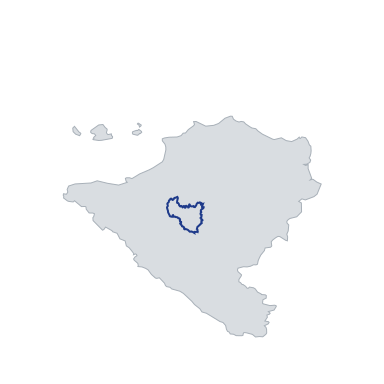 where Guadalajara sits in Spain, rotated 210°
{"feature_id": "ESP-5822", "entity_name": "Guadalajara", "entity_type": "Autonomous Community", "adm_level": 1, "iso_a3": "ESP", "parent_name": "Spain", "parent_adm1": "", "projection": "albers", "projection_center": [-2.665, 40.739], "detail": "fine", "context": "in_parent", "style": "outline", "palette": "blue", "viewbox_px": 384, "rotation_deg": 210, "n_neighbors": 0, "source": "natural_earth", "source_scale": "10m", "svg_char_len": 7919}
<svg xmlns="http://www.w3.org/2000/svg" viewBox="0 0 384 384"><g transform="rotate(210 192 192)"><path d="M201.6,100.4L201.7,101.3L203.2,103.1L207.9,104.0L209.1,104.8L208.9,107.2L207.8,109.3L208.9,110.2L210.0,110.1L211.3,108.4L211.6,109.5L213.8,110.5L218.5,112.3L221.9,112.5L225.4,116.2L231.0,115.4L236.2,118.8L240.9,117.9L242.0,118.5L249.3,118.4L249.6,115.4L250.4,114.2L263.4,117.8L265.0,120.2L264.8,121.5L265.6,124.4L267.3,124.2L270.6,122.4L275.0,124.2L276.3,126.0L277.2,126.1L280.4,124.1L289.4,125.7L289.7,124.3L290.3,123.8L293.9,122.3L295.4,122.0L300.2,122.6L300.9,124.2L301.9,124.8L302.4,126.2L299.6,127.3L299.5,129.8L301.4,131.8L301.8,135.5L297.3,140.5L284.0,149.3L279.7,154.3L269.5,157.3L259.0,161.3L252.9,168.0L254.5,168.4L256.5,170.5L255.9,171.5L253.2,173.1L250.7,173.6L246.3,181.6L240.0,190.0L237.7,193.7L232.8,203.3L232.8,206.1L235.7,215.4L237.2,217.9L239.3,219.9L243.3,221.5L244.3,223.2L243.0,224.9L239.2,228.0L232.4,232.2L229.6,235.4L229.1,238.5L227.1,239.9L226.4,244.2L223.8,250.1L223.6,251.7L225.8,253.8L223.7,255.1L213.0,255.9L206.5,260.6L203.2,264.7L200.3,272.4L196.6,276.9L195.0,277.7L192.5,275.8L189.3,275.5L186.3,276.1L184.7,277.7L182.2,278.6L179.7,277.8L174.4,277.4L172.1,277.4L168.4,278.7L165.2,277.8L159.9,277.3L148.4,278.1L146.9,278.6L141.7,283.6L136.1,283.6L130.9,285.5L127.4,290.4L126.6,293.1L125.7,292.4L124.9,292.6L124.4,294.6L120.8,295.8L117.0,294.0L113.8,291.4L112.0,291.1L109.4,287.2L108.3,284.7L107.6,282.0L107.6,280.1L105.2,279.0L104.7,276.5L106.6,273.4L109.0,271.8L106.8,271.8L105.1,273.8L103.2,270.4L95.2,263.7L95.7,261.5L94.2,263.1L93.3,263.5L89.0,263.0L84.1,263.5L82.6,252.6L84.1,248.9L89.9,241.8L93.4,241.0L94.9,237.2L91.8,237.2L87.2,229.6L88.9,222.9L94.0,218.0L94.9,216.0L95.2,214.1L94.3,212.7L91.7,211.8L89.2,206.3L88.8,202.9L86.7,200.9L85.0,197.4L86.7,197.0L93.6,197.3L95.3,196.6L96.6,194.4L98.1,190.8L98.5,188.5L96.0,185.2L96.0,184.5L96.4,183.4L100.7,180.1L100.0,177.4L100.9,171.8L100.7,168.5L100.4,165.8L99.2,162.2L100.1,160.9L102.3,159.8L104.2,157.0L106.8,154.7L110.1,153.0L114.1,149.0L113.6,147.1L112.3,146.0L107.7,145.0L107.4,144.1L107.6,139.6L106.5,137.7L104.8,137.8L102.3,136.9L101.6,137.4L98.4,137.1L96.1,136.2L95.1,136.8L94.7,138.4L90.8,139.8L88.7,139.7L85.2,138.1L81.1,138.3L80.6,137.9L77.1,139.6L75.9,139.5L74.7,137.2L76.7,134.1L75.3,130.9L74.2,130.8L67.7,132.6L63.8,135.3L62.3,135.6L61.8,135.0L61.9,130.8L66.1,126.6L63.7,126.1L63.9,124.8L65.6,122.9L64.1,121.2L64.4,116.7L60.9,117.9L60.0,117.6L60.1,115.8L62.5,112.3L60.3,111.8L58.7,110.3L56.8,107.2L56.9,105.6L58.3,102.0L61.4,100.5L64.5,98.2L68.5,98.9L74.7,97.2L76.8,96.2L76.8,94.7L76.2,93.5L76.9,92.5L81.9,89.7L84.9,89.6L87.9,88.2L89.9,89.3L91.6,89.1L93.6,90.4L96.1,93.2L99.9,94.5L103.0,93.8L118.9,94.2L123.4,93.1L126.8,94.8L133.6,95.8L137.6,97.3L148.8,99.9L152.9,100.0L161.1,97.9L163.3,98.5L166.6,97.4L168.2,97.7L170.2,99.3L177.4,101.4L179.3,99.6L180.7,99.2L185.9,100.3L191.1,102.6L193.9,102.7L197.8,102.1L201.6,100.4ZM303.6,192.8L305.6,193.6L307.6,192.7L308.7,192.8L309.8,193.2L310.2,194.9L306.3,203.4L302.9,205.9L299.3,204.4L297.2,204.1L296.5,203.4L295.9,200.8L294.9,200.0L293.5,199.7L290.9,202.0L290.0,200.6L288.6,200.4L288.1,199.6L288.0,198.5L296.1,191.6L298.5,190.0L303.5,188.0L304.3,188.2L303.7,189.3L304.5,190.1L303.6,192.8ZM327.2,187.7L326.6,190.1L320.0,187.5L318.0,187.3L317.4,186.9L317.5,184.6L321.6,183.9L325.1,184.8L327.2,187.7ZM269.9,218.0L269.3,219.6L266.1,219.2L265.4,218.6L266.0,216.7L266.8,216.4L266.8,215.1L267.7,213.8L272.1,212.5L273.2,213.3L273.5,214.6L270.9,217.6L269.9,218.0ZM273.3,224.4L272.9,224.8L269.4,224.6L269.3,223.5L269.9,222.0L271.3,223.4L273.3,223.6L273.3,224.4Z" fill="#d9dde1" stroke="#a8b0b8" stroke-width="1"/><path d="M198.6,175.5L198.4,175.5L197.6,175.2L196.5,174.1L195.3,173.6L195.0,173.6L194.9,174.1L194.8,174.3L194.6,174.4L194.3,174.6L193.9,174.6L193.2,174.3L192.7,174.0L192.4,174.0L192.3,174.3L192.4,175.0L192.3,175.3L192.2,175.6L192.0,175.8L191.8,175.9L191.5,175.9L190.8,175.2L190.4,174.9L190.1,174.9L190.0,175.0L189.9,175.2L189.8,175.5L190.3,176.5L190.4,176.8L190.3,177.0L190.2,177.1L189.5,176.9L188.4,177.5L188.2,177.5L188.1,177.4L187.6,176.7L187.3,176.8L187.2,176.9L187.1,177.2L187.2,177.4L187.5,177.9L187.5,178.0L187.4,178.5L187.6,178.9L188.0,179.2L188.1,179.4L188.1,179.5L188.1,179.9L188.0,180.0L187.9,180.0L186.6,179.3L186.1,179.1L185.6,179.1L184.5,179.7L183.6,180.6L182.7,180.0L181.9,180.4L181.7,182.5L182.0,184.1L181.7,185.6L180.7,185.9L180.5,186.1L180.3,186.6L180.2,186.8L179.7,187.0L179.0,186.7L178.0,185.6L177.6,186.0L177.7,187.0L176.7,186.7L176.5,187.0L176.3,185.9L176.3,185.4L176.3,185.1L176.2,184.8L176.0,184.3L175.9,184.0L175.6,183.8L175.4,183.8L174.9,184.2L174.8,184.4L174.6,184.6L174.3,184.7L174.2,184.5L174.1,184.1L174.2,183.9L174.2,183.6L174.3,183.4L174.3,183.1L174.4,182.8L174.5,182.6L174.8,182.4L174.9,182.2L174.9,181.9L175.0,181.7L175.1,181.4L175.1,181.1L175.1,180.9L175.2,180.7L175.1,180.4L174.8,179.8L174.6,179.6L174.3,179.5L174.2,179.5L174.0,179.3L173.9,179.2L174.0,178.4L173.9,177.9L173.9,177.7L173.4,177.1L173.3,176.9L173.1,176.8L173.0,176.7L172.8,176.7L172.7,176.7L172.5,176.8L172.4,176.9L172.1,176.9L172.1,176.7L172.2,176.4L172.1,176.2L171.8,175.7L171.6,175.6L171.5,175.4L171.4,175.2L171.5,174.5L171.6,173.9L171.4,173.9L171.2,174.0L170.8,173.8L170.6,173.6L170.3,173.1L170.2,172.9L170.0,173.0L169.8,173.1L169.6,173.1L169.2,173.1L169.0,172.9L168.8,172.8L168.8,172.6L168.8,172.4L169.1,172.0L169.2,171.9L169.2,171.7L169.1,171.1L169.0,170.8L168.9,170.6L168.8,170.4L168.2,170.2L168.0,169.9L168.1,169.7L168.3,169.5L168.4,169.2L168.5,168.3L168.6,168.1L168.8,167.9L169.0,167.7L169.0,167.4L168.9,167.2L169.0,167.0L169.0,166.8L169.1,166.5L169.2,166.3L169.3,166.1L169.4,165.5L169.5,165.3L169.6,165.1L169.8,164.8L169.8,164.5L169.8,164.2L169.5,163.3L169.3,162.4L169.1,162.4L168.5,162.1L168.3,162.0L168.2,161.8L168.0,161.4L167.2,160.6L167.1,160.2L167.5,160.2L169.2,159.0L169.7,158.9L169.8,158.8L169.9,158.6L169.9,158.2L169.8,157.8L169.7,157.7L170.3,157.7L171.3,157.8L172.3,157.6L172.5,157.4L173.1,157.4L173.7,156.7L174.1,156.5L176.4,157.1L177.1,157.1L178.4,156.9L178.9,156.8L179.2,156.6L179.3,156.4L179.5,156.1L179.9,156.0L180.1,156.0L180.5,156.2L180.6,156.4L180.7,156.6L180.7,156.8L180.8,157.1L181.0,157.3L182.0,157.6L182.5,157.6L182.9,157.4L183.0,157.3L183.3,157.3L183.5,157.3L183.7,157.5L183.8,157.7L183.9,157.8L184.1,158.0L184.5,158.1L185.0,158.1L185.3,158.3L185.5,158.5L185.9,158.7L186.1,158.6L186.4,158.8L186.3,159.0L186.2,159.1L185.9,159.4L185.9,159.5L186.0,159.6L186.4,159.8L186.5,160.0L186.3,160.4L186.4,160.6L186.5,160.7L187.1,160.6L187.3,160.4L187.6,160.5L187.8,160.9L187.9,161.0L188.0,161.2L188.1,161.3L188.3,161.4L188.5,161.5L188.7,162.1L188.7,162.3L188.9,162.4L189.1,162.6L189.7,162.8L189.9,162.8L190.6,162.5L190.8,162.4L191.1,162.5L191.6,162.8L191.8,162.8L192.3,162.7L192.6,162.6L192.9,162.5L193.1,162.3L193.4,162.2L193.7,162.1L194.2,162.2L194.4,162.2L194.6,162.1L195.2,161.5L195.4,161.4L195.5,161.4L195.7,161.6L195.8,161.7L196.3,162.0L196.5,162.3L196.8,162.5L196.9,162.4L197.0,162.3L196.9,162.1L196.9,161.6L197.1,160.9L197.0,160.5L198.7,160.0L199.2,160.1L199.3,160.3L199.5,160.5L199.8,160.7L200.3,160.9L201.1,161.5L201.8,161.9L202.8,162.7L202.9,162.9L203.0,163.1L203.1,163.3L203.5,163.8L204.6,164.7L204.7,164.9L204.9,165.1L205.1,165.2L205.8,165.9L206.0,166.4L206.0,166.6L205.9,167.5L206.0,167.8L206.2,168.2L206.4,168.4L206.6,168.7L207.2,169.1L207.4,169.3L207.4,169.5L207.5,169.7L207.5,170.4L207.4,170.6L207.2,171.0L207.1,171.5L207.2,172.0L207.3,172.2L207.5,172.6L207.6,172.8L207.6,173.4L207.5,173.6L207.3,174.0L207.2,174.4L207.2,174.7L207.3,175.2L207.2,175.4L207.1,175.5L206.9,175.7L206.6,175.9L206.4,175.9L206.2,175.9L205.9,175.6L205.6,175.5L205.4,175.5L204.9,175.4L204.7,175.5L204.3,176.6L204.3,177.0L204.3,177.9L204.2,178.2L204.0,178.3L203.7,178.5L203.3,178.9L202.7,179.9L202.5,180.0L202.4,180.1L202.2,180.4L201.2,179.7L200.4,176.9L199.6,175.3L199.4,175.2L199.1,175.2L198.6,175.5Z" fill="none" stroke="#1e3a8a" stroke-width="2"/></g></svg>